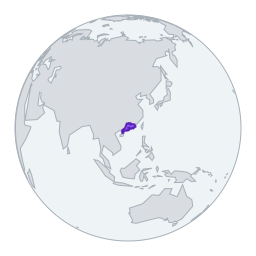 globe centered on Guangdong
{"feature_id": "CHN-1180", "entity_name": "Guangdong", "entity_type": "Province", "adm_level": 1, "iso_a3": "CHN", "parent_name": "China", "parent_adm1": "", "projection": "orthographic", "projection_center": [112.97, 22.878], "detail": "fine", "context": "on_globe", "style": "filled", "palette": "violet", "viewbox_px": 256, "rotation_deg": 0, "n_neighbors": 0, "source": "natural_earth", "source_scale": "10m", "svg_char_len": 14927}
<svg xmlns="http://www.w3.org/2000/svg" viewBox="0 0 256 256"><circle cx="128" cy="128" r="113" fill="#eef3f6" stroke="#a8b0b8"/><path d="M227.7,173.1L227.5,173.8L227.4,174.0L227.7,173.1ZM189.4,33.6L189.9,33.9L182.8,30.9L182.0,33.7L185.5,36.8L181.8,34.6L191.0,42.6L193.0,47.1L188.4,40.7L186.2,39.1L186.3,41.3L184.1,40.2L182.9,40.8L180.1,39.4L177.7,36.2L175.9,35.3L176.1,37.0L173.5,36.9L173.5,34.5L168.9,34.3L164.0,29.6L166.0,25.7L160.9,23.1L156.9,19.7L155.0,19.3L152.2,18.3L149.0,17.6L146.4,17.2L146.9,17.4L145.8,17.5L143.9,17.2L143.8,16.9L144.7,16.9L143.7,16.7L144.5,16.7L143.1,16.6L143.2,16.4L140.3,16.3L138.0,15.9L138.9,15.9L142.4,16.3L143.9,16.5L151.9,17.9L159.9,20.0L167.6,22.6L175.2,25.7L182.4,29.4L189.4,33.6ZM234.5,93.4L233.6,91.2L234.1,91.7L234.5,93.4ZM233.1,90.5L233.5,91.1L233.2,90.7L233.1,90.5ZM233.0,90.6L233.1,90.9L233.0,90.6ZM232.9,91.1L232.9,90.7L233.0,90.8L232.9,91.1ZM232.4,91.0L232.2,90.4L232.4,91.0ZM190.9,34.6L190.5,34.3L189.7,33.8L190.9,34.6ZM188.8,33.8L187.7,33.0L190.2,34.3L188.8,33.8ZM188.5,39.5L188.2,38.4L189.3,39.9L188.5,39.5ZM183.2,41.1L184.0,41.9L183.0,41.9L183.2,41.1ZM178.0,39.9L176.1,39.8L177.6,39.3L178.0,39.9ZM174.8,39.4L170.4,39.7L171.9,41.2L165.2,37.3L171.2,38.2L172.7,37.2L173.1,38.5L174.8,39.4ZM147.8,17.7L147.2,17.3L149.4,17.9L147.8,17.7ZM149.5,18.1L157.8,20.3L157.7,20.9L154.9,19.9L156.2,21.1L152.1,20.2L150.5,19.4L151.3,19.1L149.1,19.0L149.5,18.1ZM162.3,35.2L160.8,34.9L161.9,34.7L162.3,35.2ZM145.6,17.5L147.2,17.8L147.3,18.3L143.9,17.8L145.0,17.8L145.6,17.5ZM158.6,21.9L158.0,22.3L154.5,21.7L153.8,21.8L152.0,20.3L158.6,21.9ZM144.0,17.6L142.2,17.6L140.5,17.1L143.9,17.3L144.0,17.6ZM148.7,18.7L148.6,19.0L147.6,18.6L148.7,18.7ZM133.3,16.1L135.3,16.2L135.5,16.5L133.3,16.1ZM141.6,17.6L142.2,17.7L142.6,17.9L141.0,17.9L141.6,17.6ZM149.7,20.0L148.3,19.7L150.2,20.6L147.7,20.3L146.9,19.4L146.2,19.7L145.4,19.6L145.6,19.0L149.7,20.0ZM140.4,18.4L138.6,17.4L134.8,16.9L134.5,16.7L140.6,17.5L140.4,18.4ZM143.5,18.7L141.5,18.4L142.2,18.1L143.9,18.2L143.5,18.7ZM146.2,20.5L150.3,21.1L150.4,21.4L146.2,20.5ZM139.2,18.3L139.7,18.5L138.8,18.2L139.2,18.3ZM143.9,19.8L145.4,20.0L143.9,19.8ZM139.4,19.0L138.8,18.6L140.0,18.6L139.4,19.0ZM141.4,19.4L141.0,19.7L140.7,18.8L142.0,19.4L141.4,19.4ZM143.7,20.0L144.1,20.2L143.1,19.9L143.7,20.0ZM135.3,19.4L134.7,18.3L137.3,18.2L137.5,19.2L135.3,19.4ZM42.1,55.1L40.9,56.9L39.8,58.5L36.6,62.3L30.9,73.1L33.4,70.8L31.8,78.6L33.1,81.6L40.0,74.1L37.9,68.9L41.2,63.9L45.7,64.5L48.1,69.6L49.4,67.9L51.0,61.6L54.6,60.0L51.8,59.3L50.7,61.6L48.9,61.4L49.9,59.3L51.1,58.7L51.3,56.7L45.3,60.4L43.5,63.2L42.0,60.7L38.8,65.2L37.4,66.1L42.2,58.9L44.1,57.0L50.5,48.5L48.4,50.1L42.2,58.4L42.8,57.1L39.9,60.0L42.5,56.8L49.9,47.8L50.6,46.3L49.1,47.6L54.6,42.6L56.6,40.9L62.1,36.7L60.3,38.1L62.0,36.9L60.9,38.0L63.8,36.8L63.3,37.9L68.8,34.9L69.3,35.2L65.9,36.8L63.3,38.7L62.6,42.1L63.7,42.0L67.4,40.0L66.7,41.4L70.3,39.0L72.1,40.4L72.9,36.9L77.2,34.9L80.6,34.6L82.2,33.5L76.6,33.9L74.3,34.8L72.0,36.5L65.7,38.8L65.0,38.3L72.2,33.8L72.0,32.6L77.7,30.0L89.2,29.6L91.8,31.0L87.0,37.4L83.8,37.9L84.0,35.8L79.8,39.5L82.1,38.4L81.6,39.7L85.5,38.6L85.3,39.5L89.4,37.0L89.7,38.0L87.1,39.6L93.1,39.3L94.7,41.3L96.2,40.9L97.2,39.8L98.6,43.4L99.6,42.9L99.5,41.5L101.5,39.7L105.6,38.1L105.8,39.4L104.4,40.2L101.7,44.0L97.9,46.1L98.4,46.5L101.8,45.0L105.0,40.3L107.4,39.0L106.3,41.1L106.9,40.2L108.1,40.0L109.6,41.1L111.0,38.8L124.4,35.8L128.6,38.1L126.1,40.1L135.7,40.5L139.7,43.7L139.6,42.3L144.2,42.0L143.0,40.9L143.3,40.3L154.6,39.9L157.4,41.1L162.2,40.1L162.2,39.5L160.3,38.4L165.2,37.3L171.9,41.2L171.6,42.3L175.9,44.3L174.6,46.8L175.6,50.1L171.7,52.2L172.8,54.9L174.4,55.4L177.0,59.6L177.1,67.2L170.1,58.8L168.6,48.5L168.6,52.3L166.5,50.9L165.2,52.0L165.4,54.9L166.7,55.6L156.3,58.7L152.5,66.7L157.9,66.7L160.8,69.5L161.2,80.3L149.8,94.2L153.6,99.5L153.6,102.8L149.7,104.5L149.6,99.7L146.0,97.7L146.6,94.9L140.3,96.6L140.8,92.7L135.7,96.2L137.3,99.5L142.6,99.2L137.9,104.3L142.9,110.3L143.0,117.1L133.3,128.1L124.0,130.9L123.3,132.9L119.9,130.2L114.9,133.8L121.1,146.4L120.7,149.8L112.9,155.4L112.8,152.9L103.6,145.5L101.6,153.3L108.5,160.9L110.9,168.9L105.4,165.9L103.0,158.7L99.8,155.9L100.9,149.0L98.6,138.1L93.1,139.2L93.8,135.0L89.8,125.4L82.1,126.6L69.6,135.0L67.5,145.4L63.3,149.0L59.2,131.9L60.1,121.3L56.9,121.2L54.1,110.6L44.3,105.2L44.4,102.2L42.3,102.3L40.5,98.0L41.3,93.2L39.6,92.2L37.9,105.0L39.9,106.2L43.8,103.5L42.7,107.6L44.6,112.9L37.1,119.6L25.1,120.3L26.5,112.2L30.7,87.0L32.0,85.0L32.1,84.8L32.3,84.3L30.0,87.2L31.6,82.6L26.6,98.9L24.7,105.3L24.8,120.6L24.2,121.4L25.0,125.1L30.9,126.6L30.3,129.1L26.0,138.7L20.2,148.7L22.5,160.3L24.6,169.2L24.3,171.6L27.6,179.1L27.7,179.3L24.2,171.8L21.3,164.1L18.9,156.1L17.2,148.0L16.0,139.8L15.4,131.6L15.5,123.3L16.1,115.0L17.4,106.8L19.2,98.8L21.7,90.9L24.7,83.1L28.3,75.7L32.4,68.5L37.0,61.6L42.1,55.1ZM47.9,80.0L51.1,83.2L54.2,76.6L55.7,77.4L56.2,75.0L54.4,76.1L56.4,70.0L59.4,69.7L61.3,67.3L60.4,66.2L54.6,67.7L51.7,76.3L49.0,77.8L47.9,80.0ZM70.0,31.5L72.1,30.2L72.5,30.1L70.7,31.3L68.9,32.2L69.5,31.7L70.0,31.5ZM68.4,32.8L75.4,28.9L75.3,29.4L74.2,29.7L73.4,30.4L71.4,31.2L64.5,35.8L62.5,37.0L64.7,34.8L65.1,34.7L66.9,33.5L68.4,32.8ZM93.4,21.1L96.5,20.2L92.3,22.2L90.0,22.9L90.4,22.1L93.5,21.0L93.4,21.1ZM134.2,15.5L135.6,15.6L134.4,15.6L134.2,15.5ZM132.5,15.4L132.3,15.4L132.6,15.5L135.9,15.8L141.9,16.6L141.5,16.9L139.6,16.9L138.1,16.8L138.9,16.6L136.3,16.5L136.2,16.2L134.3,16.1L128.0,15.4L129.3,15.4L124.5,15.4L132.5,15.4ZM117.5,15.9L118.1,15.8L117.2,16.1L119.6,15.8L119.9,15.9L117.9,16.1L121.1,16.0L120.8,16.2L123.9,16.7L128.7,16.7L129.9,17.1L127.9,17.2L130.5,17.5L127.5,17.9L128.3,18.2L126.2,19.2L121.7,19.5L123.0,19.8L121.4,20.7L117.7,21.2L119.2,20.3L114.1,21.6L113.9,20.6L113.4,20.9L111.8,20.4L109.0,20.4L109.5,19.9L108.1,20.1L107.1,19.9L105.5,20.1L105.7,19.5L103.7,19.7L105.0,19.3L101.5,19.9L104.2,19.2L103.2,19.1L101.1,19.8L106.6,17.4L117.5,15.9ZM134.6,19.6L129.3,19.8L126.7,19.5L131.6,18.0L131.3,17.7L134.3,17.1L138.1,17.6L136.9,17.7L136.5,18.0L135.5,17.7L136.1,18.1L134.5,18.3L134.5,18.7L132.8,18.6L134.6,19.6ZM40.8,57.7L40.4,58.5L40.3,59.3L38.4,61.3L40.8,57.7ZM45.8,51.5L45.7,51.8L43.0,54.6L43.5,53.9L45.8,51.5ZM47.9,49.7L45.9,51.6L47.3,50.1L47.9,49.7ZM66.1,37.0L66.3,37.4L65.4,37.9L64.2,38.4L66.1,37.0ZM102.4,25.9L103.7,25.2L104.3,25.2L108.2,24.2L108.6,25.0L106.4,25.9L102.4,25.9ZM38.4,74.6L36.7,75.4L37.1,74.1L37.6,74.1L38.4,74.6ZM36.5,67.9L35.9,70.5L36.1,68.4L36.5,67.9ZM103.5,26.6L105.1,26.1L104.3,26.8L103.5,26.6ZM109.1,25.6L108.6,26.4L109.1,25.0L109.1,25.6ZM76.2,226.7L78.6,228.0L77.3,227.5L76.2,226.7ZM31.6,174.8L34.8,188.0L32.7,186.1L30.1,181.0L27.4,172.4L29.0,171.9L29.2,168.6L31.6,174.8ZM139.6,188.2L143.1,188.7L142.9,189.1L139.6,188.2ZM136.0,186.5L139.9,186.7L135.3,187.4L136.0,186.5ZM141.5,186.9L145.5,186.0L147.2,185.3L146.9,186.3L141.5,186.9ZM133.3,186.4L118.9,185.3L113.2,183.5L114.5,181.9L123.7,183.2L133.3,186.4ZM114.0,181.8L105.4,175.9L94.0,159.6L98.1,160.5L110.1,171.0L109.3,172.5L114.6,177.0L114.0,181.8ZM135.1,174.4L134.2,178.9L126.2,178.0L122.6,177.0L120.1,170.9L121.5,168.1L124.5,168.4L136.1,158.8L140.1,161.6L136.5,165.7L139.8,169.9L135.1,174.4ZM67.8,146.6L69.8,153.5L67.6,153.9L67.8,146.6ZM141.0,151.7L136.2,156.1L140.6,150.2L141.0,151.7ZM143.6,146.1L143.9,148.4L142.0,146.1L143.6,146.1ZM123.1,136.2L120.0,136.5L120.0,134.8L124.0,133.5L123.1,136.2ZM143.1,122.8L142.8,127.8L142.1,129.4L140.8,126.4L143.1,122.8ZM109.1,34.6L103.2,35.0L99.2,36.2L97.4,38.2L97.4,35.7L103.6,33.8L109.1,34.6ZM122.5,35.4L124.1,34.0L125.1,34.7L124.9,35.2L122.5,35.4ZM122.2,34.5L121.0,32.5L123.0,31.8L123.6,33.4L122.2,34.5ZM112.0,29.0L110.2,29.0L110.9,28.3L112.0,29.0ZM201.0,213.0L201.7,212.8L198.4,215.6L194.2,218.8L190.8,220.9L201.0,213.0ZM172.6,226.1L173.0,223.9L177.2,222.9L175.0,225.2L172.6,226.1ZM203.9,210.5L206.8,207.5L208.5,204.7L207.5,206.9L209.1,205.8L202.5,212.2L203.9,210.5ZM158.2,217.7L136.1,223.3L131.3,222.5L132.7,220.3L128.7,213.0L130.2,213.2L129.4,208.1L142.6,203.8L152.0,194.9L159.2,195.3L164.7,188.6L172.0,188.6L169.7,193.9L177.1,196.7L182.6,184.6L186.7,196.3L191.8,199.6L192.7,206.2L181.9,218.8L176.1,221.8L175.2,221.0L172.7,222.4L169.2,222.5L167.6,219.3L165.2,220.6L167.7,217.7L164.1,220.4L162.5,218.3L158.2,217.7ZM210.3,189.5L211.2,189.5L212.6,190.9L211.0,191.1L210.3,189.5ZM225.2,176.9L225.5,177.5L224.5,178.3L225.2,176.9ZM227.4,174.0L226.3,175.0L227.7,173.1L227.4,174.0ZM215.9,181.0L216.3,181.6L215.9,182.0L215.9,181.0ZM215.5,180.9L216.2,179.5L216.0,180.7L215.5,180.9ZM211.2,175.9L211.8,175.0L212.0,175.5L211.2,175.9ZM148.2,188.8L153.0,185.4L155.6,185.1L148.2,188.8ZM210.3,174.7L208.8,175.0L209.0,174.3L210.3,174.7ZM210.5,173.1L210.3,172.2L211.2,174.2L210.5,173.1ZM207.5,171.7L209.4,173.0L207.3,172.0L207.5,171.7ZM206.4,172.2L205.0,171.8L205.1,171.4L206.4,172.2ZM190.6,176.2L195.7,181.1L191.5,181.6L186.8,178.7L183.0,182.4L174.5,182.6L176.4,180.4L175.3,177.3L166.5,176.5L164.7,174.5L167.8,172.9L162.0,171.4L168.4,170.3L171.0,174.5L174.6,170.9L180.9,171.3L186.9,172.2L191.7,174.8L190.6,176.2ZM168.4,179.7L169.5,179.7L168.5,181.0L168.4,179.7ZM202.4,169.9L204.4,171.6L204.1,172.2L203.2,172.0L202.4,169.9ZM192.8,173.9L198.0,169.7L199.2,169.6L195.8,174.1L192.8,173.9ZM196.8,167.6L199.2,167.7L200.4,169.5L199.9,170.1L196.8,167.6ZM155.3,176.1L155.0,177.3L153.3,176.4L155.3,176.1ZM157.4,175.4L162.5,176.6L157.0,176.4L157.4,175.4ZM142.1,171.0L143.6,173.9L148.3,172.2L144.7,174.7L147.9,179.4L146.8,181.2L143.7,176.1L142.6,181.2L140.5,181.1L139.4,176.6L141.4,171.2L143.5,169.0L151.9,168.2L142.1,171.0ZM157.4,171.9L156.1,168.6L157.1,166.3L158.5,168.1L157.4,171.9ZM152.1,160.5L148.6,156.5L145.4,157.9L151.9,152.6L154.2,157.2L152.1,160.5ZM149.2,151.8L146.2,153.1L149.3,149.9L149.2,151.8ZM145.4,151.7L145.1,148.9L147.4,149.4L145.4,151.7ZM150.7,151.9L151.3,147.2L152.5,150.0L150.7,151.9ZM144.1,142.7L149.2,147.4L142.6,145.3L142.4,136.2L145.2,136.1L144.1,142.7ZM160.5,106.5L159.8,104.0L162.4,103.4L162.1,105.3L160.5,106.5ZM170.2,100.1L162.9,102.5L156.9,104.7L158.8,105.9L157.4,110.2L154.6,106.1L158.9,101.4L163.4,100.6L164.1,97.0L167.4,94.6L166.7,90.2L168.2,88.3L170.2,92.1L170.2,100.1ZM166.2,88.3L166.2,80.7L171.1,81.8L172.2,83.7L170.1,86.7L167.7,85.9L166.2,88.3ZM167.7,79.3L165.3,78.6L160.3,67.7L160.5,65.8L166.8,74.2L164.9,74.0L165.3,76.6L167.7,79.3ZM161.3,35.6L160.9,35.0L162.1,35.6L161.3,35.6ZM142.6,39.7L143.2,39.0L144.6,39.5L142.6,39.7ZM145.7,37.2L143.8,37.1L145.8,36.6L145.7,37.2ZM139.4,37.0L142.9,36.7L139.7,37.8L139.4,37.0Z" fill="#d9dde1" stroke="#a8b0b8" stroke-width="1"/><path d="M130.6,128.5L130.0,128.7L129.8,128.7L129.7,128.8L129.6,128.7L129.4,128.2L129.2,128.2L129.2,127.9L129.1,128.0L129.2,127.7L129.1,127.9L129.2,127.7L129.1,127.9L129.1,127.7L129.0,127.8L129.0,127.6L129.3,127.5L129.5,127.5L129.3,127.4L129.0,127.6L128.8,127.6L129.0,127.7L128.9,127.9L128.4,127.9L128.7,128.0L129.0,128.2L128.9,128.3L128.7,128.2L129.1,128.6L129.0,128.9L129.1,129.0L129.1,129.3L128.9,129.4L128.6,129.0L128.4,128.6L128.3,128.8L128.8,129.4L128.6,129.4L128.5,129.5L128.3,129.7L128.3,129.3L128.2,129.3L128.2,129.5L128.1,129.8L127.9,130.0L127.7,129.8L127.4,130.0L127.2,130.2L127.0,129.9L126.9,129.8L127.0,129.6L126.9,129.8L127.0,130.1L126.9,130.2L126.8,130.3L126.6,130.2L126.3,130.1L126.2,130.1L126.3,129.9L126.2,130.1L126.0,129.9L126.1,130.1L126.0,130.4L125.9,130.4L126.0,130.3L125.9,130.3L125.9,130.2L125.6,130.1L125.8,130.3L125.8,130.5L125.7,130.5L125.3,130.7L125.2,130.5L124.9,130.8L124.9,130.7L124.7,130.7L124.8,130.7L124.6,130.7L124.4,130.6L124.4,130.8L124.5,130.7L124.4,130.8L124.2,130.9L123.8,131.1L123.7,131.0L123.7,130.9L123.9,130.8L124.0,130.8L123.7,130.9L123.7,131.2L123.4,131.2L123.3,131.3L123.3,131.1L123.5,131.1L123.4,131.0L123.5,131.0L123.4,131.0L123.4,130.9L123.2,130.8L123.3,130.8L123.2,130.8L123.3,131.0L123.2,131.0L123.3,131.2L123.3,131.3L123.0,131.6L122.9,131.5L122.8,131.9L123.2,131.9L123.3,132.1L123.2,132.2L123.1,132.3L123.3,132.5L123.5,132.7L123.3,133.0L123.0,133.1L122.8,133.1L122.6,133.0L122.4,133.1L122.3,132.8L122.5,132.9L122.5,132.7L122.4,132.7L122.2,132.6L122.3,132.4L122.2,132.5L122.2,132.4L122.3,132.2L122.1,132.2L122.1,131.9L122.1,132.0L122.0,131.9L122.0,132.0L121.9,131.8L122.0,131.6L122.0,131.4L122.1,131.2L122.1,130.9L122.2,131.0L122.4,130.9L122.5,130.7L122.4,130.7L122.5,130.7L122.3,130.6L122.2,130.7L122.1,130.4L122.4,130.3L122.5,129.9L122.8,129.9L123.3,129.9L123.2,129.3L123.3,129.3L123.5,129.4L123.8,129.2L124.0,129.1L123.9,129.0L123.8,128.8L123.9,128.7L124.0,128.6L124.3,128.5L124.3,128.4L124.5,128.4L124.8,128.2L125.1,127.9L125.2,127.6L125.1,127.1L125.3,126.6L125.6,126.4L125.6,126.1L125.9,126.1L125.9,125.9L126.1,125.8L126.0,125.3L126.4,125.1L126.2,124.9L126.3,124.7L126.1,124.6L126.1,124.4L126.4,124.2L126.5,124.2L126.5,123.9L126.6,123.4L127.4,123.6L127.5,123.8L127.8,123.9L128.0,123.9L128.0,123.5L128.1,123.4L127.9,123.4L127.8,123.2L128.4,122.8L128.6,122.8L128.7,123.0L128.8,123.1L129.0,123.1L129.3,123.1L129.6,123.0L129.9,123.0L129.9,123.3L130.1,123.2L130.3,123.2L130.6,123.1L130.8,123.0L131.1,123.3L131.0,123.5L130.6,123.9L130.4,124.3L130.1,124.5L130.5,124.7L130.6,124.8L131.0,124.6L131.4,124.6L131.5,124.5L131.7,124.4L131.9,124.4L132.1,124.3L132.4,124.2L132.9,124.7L133.0,124.6L133.0,124.1L133.2,123.9L133.5,124.0L133.8,124.1L134.1,124.1L134.3,124.5L134.6,124.4L134.8,124.4L134.8,124.7L135.0,124.9L135.2,125.3L135.1,125.5L135.3,126.2L135.6,126.4L135.4,126.6L135.4,126.4L135.2,126.5L135.1,126.4L135.0,126.5L135.0,126.8L134.9,127.0L134.7,127.0L134.4,126.9L134.5,127.0L134.8,127.0L134.9,127.3L134.7,127.1L134.8,127.2L134.6,127.4L134.6,127.2L134.4,127.2L134.4,127.3L134.6,127.3L134.4,127.5L134.5,127.6L134.4,127.8L134.2,127.8L134.0,127.7L133.9,127.7L134.0,127.8L133.7,128.0L133.7,127.9L133.6,128.0L133.1,128.2L132.9,128.0L133.0,127.8L132.7,128.0L132.7,127.9L132.4,127.9L132.5,127.9L132.5,128.0L132.8,128.0L132.6,128.2L132.7,128.3L132.7,128.2L132.7,128.4L132.4,128.3L132.4,128.2L132.1,128.1L132.3,128.0L132.2,127.9L132.1,128.1L131.8,128.1L131.7,128.3L131.6,128.2L131.4,128.2L131.6,128.4L131.5,128.6L131.4,128.5L131.2,128.5L131.2,128.3L131.4,128.2L130.8,128.3L130.8,128.6L131.0,128.7L130.8,128.8L130.6,128.5ZM123.6,131.6L123.5,131.8L123.4,131.6L123.0,131.7L123.3,131.5L123.5,131.5L123.6,131.6ZM127.6,130.2L127.8,130.2L127.7,130.3L127.7,130.5L127.6,130.3L127.6,130.2ZM128.9,128.0L129.1,128.2L128.8,128.0L128.9,128.0ZM125.9,130.4L126.2,130.4L126.2,130.5L125.9,130.6L125.9,130.4ZM123.7,131.3L123.3,131.3L123.6,131.3L123.7,131.3ZM129.0,128.3L129.2,128.5L128.9,128.3L129.0,128.3ZM135.2,126.8L135.5,126.7L135.5,126.9L135.2,126.8ZM127.4,130.3L127.2,130.5L127.2,130.4L127.4,130.3ZM128.8,129.6L128.6,129.7L128.8,129.5L128.8,129.6ZM128.7,129.4L128.6,129.6L128.7,129.4ZM123.6,131.7L123.7,131.8L123.6,131.7ZM128.9,129.5L129.0,129.5L128.9,129.6L128.9,129.5ZM128.6,129.9L128.5,130.0L128.5,129.9L128.6,129.9ZM123.4,132.3L123.4,132.5L123.3,132.3L123.4,132.3ZM129.0,127.8L129.0,128.0L129.0,127.9L129.0,127.8ZM129.2,128.9L129.3,128.9L129.2,129.0L129.2,128.9L129.2,128.9ZM129.5,129.7L129.4,129.8L129.4,129.7L129.5,129.7Z" fill="#8b5cf6" stroke="#5b21b6" stroke-width="1.5"/></svg>